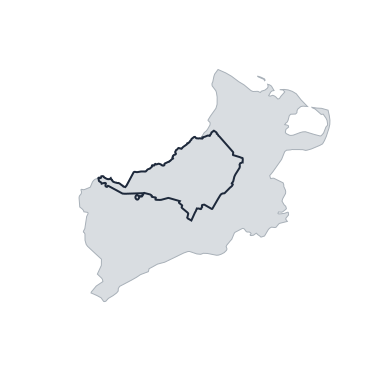 Ahal on a map of Turkmenistan (orthographic projection), rotated 120°
{"feature_id": "TKM-352", "entity_name": "Ahal", "entity_type": "Province", "adm_level": 1, "iso_a3": "TKM", "parent_name": "Turkmenistan", "parent_adm1": "", "projection": "orthographic", "projection_center": [59.653, 37.88], "detail": "fine", "context": "in_parent", "style": "outline", "palette": "slate", "viewbox_px": 384, "rotation_deg": 120, "n_neighbors": 0, "source": "natural_earth", "source_scale": "10m", "svg_char_len": 9319}
<svg xmlns="http://www.w3.org/2000/svg" viewBox="0 0 384 384"><g transform="rotate(120 192 192)"><path d="M119.0,130.7L134.3,132.1L139.0,132.9L141.0,130.7L140.9,130.2L140.2,129.7L139.2,128.1L138.5,117.7L139.8,116.2L141.4,115.2L143.7,112.0L144.9,111.0L146.6,110.2L152.4,110.1L154.9,109.5L157.0,105.9L157.5,103.7L159.1,102.0L160.0,102.0L163.9,103.6L164.7,104.3L166.0,107.1L167.5,106.9L167.7,106.5L167.6,105.9L166.5,104.2L164.1,101.1L161.7,99.1L161.5,98.4L163.6,96.9L167.7,97.6L168.7,97.2L169.8,94.7L175.2,100.3L176.2,100.9L180.5,101.6L181.3,102.4L182.7,105.6L184.2,106.5L186.1,107.1L193.8,107.2L196.2,109.3L196.6,109.8L196.2,111.4L196.0,114.3L195.4,115.4L195.8,115.9L198.6,117.1L200.2,119.0L200.4,119.8L199.9,120.3L198.6,120.0L198.0,120.9L198.0,122.4L198.9,123.8L199.2,125.1L197.9,128.2L197.9,129.4L198.3,130.1L205.4,134.6L206.5,134.8L213.3,133.9L214.6,134.3L220.6,135.3L222.3,135.1L223.4,133.6L224.5,133.0L225.5,133.0L228.4,133.8L231.4,135.7L233.4,137.5L234.5,139.1L237.5,147.9L239.4,151.5L241.6,153.3L243.2,156.8L244.7,164.3L245.6,165.8L249.0,168.7L266.4,180.5L271.7,185.8L279.9,190.8L282.8,190.0L289.3,195.3L293.4,197.3L298.7,200.4L309.9,207.5L312.3,207.6L314.8,206.4L317.1,206.8L321.3,208.6L325.9,211.2L329.7,212.0L330.8,213.2L330.9,213.9L329.1,217.8L329.2,222.6L329.9,229.0L328.8,229.2L321.3,227.9L314.1,224.4L312.5,225.8L311.8,227.2L310.4,232.9L300.9,233.8L295.5,236.8L291.3,255.2L290.3,257.4L287.3,260.5L281.9,263.7L281.1,264.9L281.0,266.0L280.3,266.4L277.3,266.5L265.8,271.0L263.3,271.1L262.3,271.4L261.8,272.1L263.2,275.7L262.2,276.8L261.6,278.6L261.1,281.7L253.5,286.9L251.9,287.5L248.8,287.1L247.2,287.7L245.6,289.3L244.8,288.9L244.4,287.3L243.6,286.3L238.7,282.5L233.2,283.2L231.1,283.0L229.4,282.3L226.9,280.1L225.2,278.0L223.5,278.3L223.0,277.3L222.9,276.1L223.4,274.6L223.2,271.9L222.2,270.0L221.1,269.2L222.3,266.0L222.2,263.6L221.4,261.1L221.0,257.4L221.2,253.9L220.1,252.1L204.1,252.4L198.3,244.1L196.0,242.0L188.0,238.5L185.8,236.6L184.1,234.5L183.6,231.7L182.7,230.0L181.5,229.7L175.3,226.4L172.9,225.5L169.5,226.3L167.5,225.3L165.1,226.6L164.1,226.6L161.6,225.8L158.5,222.7L156.0,221.5L150.5,219.5L146.7,218.8L143.3,217.5L143.0,217.1L143.0,214.6L142.5,213.5L141.6,212.2L140.3,211.2L134.5,211.1L131.8,210.1L129.7,209.9L125.1,209.9L123.6,210.5L122.7,211.3L122.1,213.8L121.6,214.1L117.1,214.0L107.6,213.1L103.5,214.1L97.2,217.7L93.5,220.7L92.4,222.0L90.0,227.6L89.0,228.4L87.8,229.0L86.5,229.0L80.7,230.9L78.5,231.3L72.9,230.7L72.0,222.3L72.0,215.6L73.1,206.5L73.2,200.6L74.7,191.7L74.5,189.5L71.9,185.3L71.7,182.6L70.0,182.3L67.3,179.8L64.6,178.7L63.3,178.6L62.0,179.2L60.9,180.4L60.4,178.3L60.6,176.1L63.1,171.7L64.4,173.2L66.0,173.8L70.3,173.8L69.9,172.2L67.9,170.5L67.6,168.4L67.9,166.3L68.6,164.4L68.0,163.5L67.1,163.0L64.8,162.9L59.0,161.7L58.1,164.0L59.5,167.2L57.1,163.5L55.5,159.7L54.7,155.4L54.8,150.8L57.7,143.6L60.2,134.7L62.1,138.7L63.6,140.5L67.2,141.8L69.0,141.7L70.9,140.8L72.7,141.3L75.3,145.4L77.3,145.9L81.7,144.7L83.7,144.5L85.4,145.2L87.3,145.4L86.6,143.5L86.4,141.7L87.5,140.8L90.8,142.0L93.5,141.1L94.0,140.6L94.3,139.1L94.1,136.0L93.6,134.7L92.2,132.8L86.5,128.1L84.6,126.2L83.1,123.9L81.0,114.8L79.4,109.0L78.6,108.2L75.2,107.5L68.7,108.5L66.4,108.0L65.3,108.6L62.5,110.8L61.1,112.8L59.0,117.3L60.2,118.9L58.6,126.8L58.9,130.2L58.7,130.5L57.0,126.1L54.8,121.7L53.1,115.1L57.3,111.2L60.8,108.5L64.5,106.5L68.3,105.3L76.7,103.5L81.3,103.0L85.0,103.0L87.7,104.6L95.1,110.2L98.3,113.3L99.2,114.5L100.0,117.4L105.2,126.6L106.5,128.0L108.5,131.0L110.6,131.9L119.0,130.7ZM59.2,192.2L58.9,193.4L58.1,189.7L57.8,185.7L58.6,184.6L59.3,184.7L58.5,186.1L59.2,192.2Z" fill="#d9dde1" stroke="#a8b0b8" stroke-width="1"/><path d="M225.6,278.8L225.4,278.6L225.5,278.3L225.6,278.2L225.4,278.0L225.2,278.0L223.9,278.2L223.7,278.3L223.1,277.5L222.8,277.0L222.8,276.3L222.9,276.1L223.1,275.8L223.2,275.7L223.2,275.2L223.3,274.4L223.3,274.2L223.2,274.0L223.3,273.4L223.3,273.0L223.2,272.6L223.1,271.7L222.9,271.3L222.7,270.8L222.5,270.5L222.2,270.1L221.8,269.7L221.4,269.5L220.9,269.4L220.6,269.3L220.8,269.0L221.3,268.7L221.5,268.4L221.5,268.1L221.4,267.6L221.5,267.3L221.6,267.2L221.8,267.1L222.0,267.0L222.1,266.7L222.1,266.2L222.3,265.8L222.5,265.5L222.5,265.4L222.5,265.2L222.4,264.5L222.1,262.9L221.8,262.4L221.7,262.1L221.7,261.5L221.6,261.3L221.5,261.0L221.4,260.8L221.3,260.7L221.2,260.6L221.0,260.3L221.1,260.1L220.8,259.4L220.9,258.1L221.3,256.1L221.2,255.7L221.1,255.4L221.2,255.1L221.3,254.9L221.5,254.6L221.5,254.4L221.6,254.0L221.5,253.7L221.3,253.1L221.1,252.2L220.2,252.1L219.2,251.9L204.1,252.4L203.4,252.0L203.0,251.3L202.4,249.7L201.9,249.0L199.7,246.4L198.8,244.9L198.0,243.3L197.4,242.4L196.6,242.1L194.9,241.8L194.2,241.4L192.8,240.2L189.9,239.3L189.7,239.3L189.2,239.7L189.1,239.9L188.9,239.9L188.6,239.7L188.5,239.3L188.4,238.8L188.2,238.4L187.9,238.0L187.6,238.0L187.0,238.2L186.8,238.2L186.6,238.1L186.3,237.9L186.0,237.8L185.9,237.6L186.0,237.2L186.1,236.9L185.6,236.3L184.4,235.3L184.1,234.9L183.7,233.1L183.7,232.6L183.7,232.3L184.0,231.8L183.9,231.6L183.8,231.3L183.8,230.8L183.7,230.4L183.4,229.9L182.9,229.5L182.5,229.4L181.3,229.9L180.9,229.8L178.2,227.9L177.5,227.2L177.3,227.0L176.7,226.9L176.4,226.9L176.2,226.6L175.4,226.3L173.8,225.9L172.6,225.2L172.5,225.4L172.4,225.8L172.1,226.1L171.9,226.2L171.7,226.2L171.3,226.1L171.0,226.1L170.9,226.2L170.8,226.4L170.6,226.5L170.1,226.5L169.7,226.4L168.8,226.1L167.8,225.1L167.5,225.0L167.1,225.0L166.7,225.2L166.5,225.6L166.3,226.0L166.0,226.4L165.7,226.6L163.8,226.7L163.5,226.7L163.0,226.3L162.8,226.2L161.2,225.9L160.8,225.8L160.5,225.5L160.4,225.2L160.4,224.8L160.3,224.3L160.3,224.1L160.0,223.5L160.0,223.3L160.0,223.2L159.9,222.8L159.5,222.6L159.2,222.5L158.5,222.5L157.2,222.1L154.0,220.6L153.3,220.3L152.3,220.5L152.0,220.3L151.9,220.2L151.7,219.8L151.6,219.6L151.4,219.6L151.1,219.7L150.9,219.6L150.7,219.5L150.4,219.2L150.1,219.1L149.8,219.1L149.5,219.1L148.5,219.1L147.5,218.8L147.2,218.7L146.8,218.8L146.5,218.9L146.2,218.9L143.3,217.7L142.8,217.0L143.2,215.6L143.3,215.2L143.2,214.8L142.8,214.1L142.6,213.4L141.9,212.6L141.7,212.3L141.4,211.4L140.9,210.6L140.8,210.3L140.8,210.1L140.6,209.8L140.1,209.7L139.9,209.6L139.7,209.7L139.3,209.8L139.2,210.0L137.5,208.3L135.6,206.9L135.3,206.6L134.9,205.9L134.8,205.7L134.6,204.8L134.5,204.7L134.3,204.6L134.0,204.6L133.4,204.9L133.2,204.9L132.5,204.6L132.2,204.6L131.8,204.6L130.8,204.9L130.6,204.8L130.3,204.7L129.1,204.1L128.8,204.0L128.4,204.0L128.2,203.8L128.0,203.7L128.0,203.1L128.2,200.7L128.3,200.5L128.4,200.3L128.5,200.1L129.0,199.9L129.2,199.7L129.2,199.4L129.2,198.9L129.2,198.7L129.3,198.4L130.0,197.3L130.1,197.1L130.1,196.7L130.2,196.1L136.9,176.4L137.1,176.1L137.7,175.8L139.0,175.3L139.2,175.2L139.3,175.0L139.5,174.8L139.4,174.5L137.9,168.1L137.7,166.6L137.7,166.4L137.5,166.0L137.4,165.6L137.4,165.3L137.4,165.1L137.5,165.0L138.6,164.2L141.0,163.0L141.1,163.4L141.3,163.5L142.1,163.8L142.3,164.0L142.7,164.4L142.8,164.5L143.0,164.6L144.5,164.5L144.7,164.4L145.5,163.6L145.9,163.4L147.2,162.9L155.1,163.2L157.5,163.0L162.3,161.6L164.4,161.9L164.8,161.8L164.8,161.7L164.8,160.9L164.9,160.7L165.0,160.5L165.1,160.4L165.3,160.4L166.8,160.4L168.1,160.8L169.0,161.2L176.8,163.2L177.8,164.5L178.0,164.8L179.2,165.6L180.7,165.9L185.6,166.0L196.4,166.0L196.6,166.1L196.8,166.5L196.8,174.7L196.8,175.0L197.0,175.3L198.1,176.6L198.3,176.7L198.8,176.6L199.3,176.4L199.5,176.2L199.7,175.9L199.9,175.7L200.1,175.7L200.3,175.7L200.9,175.9L201.2,175.9L201.3,175.9L201.9,175.6L202.0,175.6L202.4,175.9L202.6,176.3L202.7,176.5L202.8,177.4L203.0,178.0L203.2,178.4L203.4,178.5L203.6,178.7L203.6,178.8L203.8,179.3L203.8,179.5L204.5,179.5L207.0,179.1L207.9,179.2L217.0,178.3L217.0,182.4L216.7,182.8L216.6,183.3L215.3,183.6L212.7,184.4L212.1,185.3L210.9,192.3L210.8,192.7L210.6,193.2L210.3,193.4L209.1,193.6L208.7,193.7L208.5,194.0L208.4,194.4L208.0,197.1L207.9,197.5L207.8,197.9L207.5,198.1L207.1,198.1L206.0,198.0L208.6,208.4L209.0,209.6L214.2,214.8L215.0,216.0L216.7,219.2L216.8,219.8L216.6,220.0L216.3,220.2L215.4,220.3L215.1,220.4L215.0,220.6L215.0,220.9L216.1,223.8L216.2,224.5L216.0,224.8L215.7,225.0L215.3,225.0L215.1,225.7L215.1,227.1L216.7,232.9L216.9,233.0L217.2,233.1L217.8,233.1L218.2,233.1L218.6,233.0L220.5,233.1L220.8,233.1L221.0,233.3L221.3,233.6L222.4,235.5L222.5,235.5L223.0,235.2L223.6,234.9L224.4,234.9L225.3,235.0L225.6,235.2L225.8,235.4L225.9,235.5L226.0,235.8L226.1,236.1L226.1,236.4L226.0,236.9L225.8,237.3L225.6,237.6L225.4,238.0L224.7,238.5L224.2,238.6L223.7,238.7L223.3,238.7L223.1,238.6L222.7,238.4L222.3,238.0L222.2,237.8L222.1,236.6L222.0,236.0L221.8,235.4L221.3,234.5L221.0,234.1L220.6,233.7L220.3,233.6L219.4,233.4L219.1,233.4L218.6,233.5L217.7,233.6L217.4,233.7L217.5,233.8L222.1,241.2L227.0,249.1L228.1,251.4L228.5,266.6L228.7,267.9L228.9,268.0L229.1,268.1L230.1,268.2L230.2,268.4L230.3,269.6L229.9,270.0L229.7,270.1L229.4,270.4L229.2,270.5L228.3,270.6L227.9,270.7L227.8,270.8L227.6,270.9L227.5,271.2L227.5,271.4L227.5,271.6L227.8,272.2L228.0,272.4L228.3,272.8L228.6,273.1L229.4,274.0L229.8,274.2L230.0,274.4L229.9,274.5L229.5,275.0L229.3,275.2L229.3,275.3L229.2,275.5L229.1,277.4L229.0,277.7L229.0,278.0L228.3,278.7L228.1,278.9L227.4,279.4L227.2,279.6L227.0,279.9L226.8,280.1L226.7,280.1L226.4,280.0L226.3,279.9L226.1,279.8L226.0,279.6L226.1,279.2L225.7,278.8L225.6,278.8Z" fill="none" stroke="#1e293b" stroke-width="2"/></g></svg>